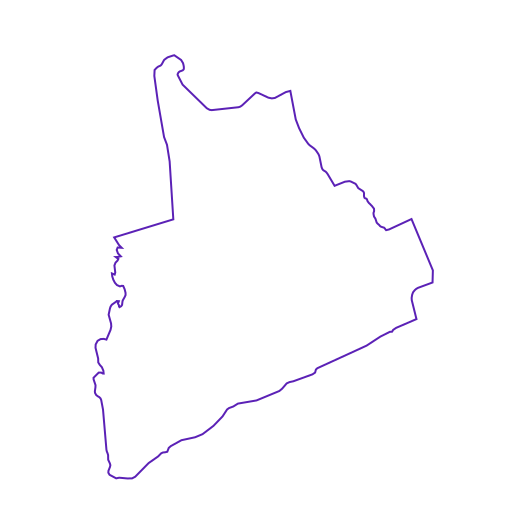 an SVG outline of Bas-Sassandra, rotated 354°
{"feature_id": "CIV-3448", "entity_name": "Bas-Sassandra", "entity_type": "Department", "adm_level": 1, "iso_a3": "CIV", "parent_name": "Ivory Coast", "parent_adm1": "", "projection": "orthographic", "projection_center": [-6.849, 5.451], "detail": "fine", "context": "isolated", "style": "outline", "palette": "violet", "viewbox_px": 512, "rotation_deg": 354, "n_neighbors": 0, "source": "natural_earth", "source_scale": "10m", "svg_char_len": 3136}
<svg xmlns="http://www.w3.org/2000/svg" viewBox="0 0 512 512"><g transform="rotate(354 256 256)"><path d="M123.3,233.8L120.9,230.8L116.9,222.7L120.4,222.0L177.6,210.9L180.0,152.9L179.1,136.1L177.0,128.1L174.5,91.2L173.7,66.3L174.6,60.4L176.7,58.6L178.2,57.6L179.5,57.1L180.3,56.9L181.2,56.5L181.9,55.9L182.5,55.2L184.9,51.7L185.4,51.2L188.3,49.5L189.2,49.1L194.3,48.0L195.7,47.8L202.0,53.2L203.6,56.6L203.9,58.8L204.0,60.3L203.9,61.6L203.7,62.6L203.2,63.2L202.5,63.7L200.7,64.2L199.7,64.4L198.7,64.9L197.9,65.6L197.0,67.1L197.1,68.1L200.9,77.9L222.5,103.9L225.2,105.8L227.3,106.3L254.2,106.2L256.0,105.8L258.0,104.7L271.9,94.2L273.4,93.4L275.5,94.2L284.8,99.8L288.2,100.9L291.3,100.8L302.8,96.1L307.4,95.4L309.8,124.3L312.2,133.3L315.9,143.3L319.6,149.8L320.7,151.2L321.8,152.3L322.2,152.6L322.3,152.7L324.7,154.9L326.2,156.6L327.1,158.1L328.6,160.9L329.2,162.5L329.5,164.0L330.5,174.5L331.0,176.3L331.7,177.5L333.1,178.7L333.9,179.2L334.8,180.3L335.8,182.0L341.5,194.4L352.2,191.4L356.6,191.3L358.0,191.8L362.5,194.6L363.2,195.7L364.8,199.2L368.9,202.5L369.5,203.2L369.9,204.1L370.0,205.0L369.7,207.1L369.7,208.2L370.0,209.5L370.7,210.1L371.7,210.5L372.2,211.1L372.7,213.2L373.9,215.2L375.0,216.4L375.7,217.4L376.4,218.2L378.3,221.3L378.2,223.2L378.0,224.2L377.5,225.0L377.3,225.9L377.3,226.9L377.5,229.0L377.9,229.9L378.3,230.6L378.7,231.5L379.5,235.3L380.0,236.1L380.6,236.8L381.8,238.1L382.5,239.2L383.2,239.8L384.4,240.4L386.3,241.2L387.1,242.2L387.6,243.2L388.1,243.9L391.1,243.5L414.5,235.5L430.4,288.8L428.8,300.8L413.8,304.6L412.0,305.4L410.4,306.5L408.5,308.4L407.9,309.5L407.2,311.0L406.4,314.0L406.3,316.3L408.9,334.9L409.0,335.5L387.9,342.1L384.7,343.8L383.4,345.5L381.2,345.4L371.4,349.1L356.6,356.7L305.3,374.0L303.7,375.2L302.6,378.1L299.8,379.6L280.0,384.5L276.2,384.9L273.2,385.9L268.1,390.7L265.1,392.7L241.4,399.7L222.6,400.9L217.7,403.3L213.3,404.4L211.2,405.6L206.0,412.0L195.9,420.5L184.2,427.6L176.5,429.9L162.6,431.4L151.5,436.1L149.2,437.7L147.3,441.4L145.2,441.7L142.9,441.7L141.1,442.3L137.7,445.1L127.6,450.7L112.8,462.9L109.5,464.2L104.9,463.8L96.8,462.2L93.7,462.5L87.5,458.3L86.5,456.1L86.8,454.2L88.7,450.6L89.3,448.8L89.0,447.0L87.7,443.2L88.1,438.5L87.7,436.5L87.2,434.8L87.0,433.1L87.8,392.8L87.0,383.1L86.5,381.4L85.4,380.0L83.9,378.9L82.5,377.5L81.6,375.3L81.6,375.1L81.6,373.7L82.6,369.8L82.9,367.7L81.6,361.8L81.7,360.1L87.4,355.5L89.9,355.8L91.4,356.9L92.2,357.0L92.2,354.1L91.1,350.5L89.3,348.0L88.0,345.4L88.3,341.4L86.8,330.5L87.3,327.2L89.6,323.8L92.7,322.4L95.9,322.5L98.5,323.5L103.6,314.3L104.7,311.0L104.8,307.9L103.3,299.0L105.3,292.8L106.1,291.1L107.5,289.4L112.3,286.7L112.8,286.2L114.9,286.6L114.6,287.3L113.7,288.3L113.9,289.3L114.5,290.5L114.5,291.9L114.9,292.6L116.7,291.8L117.7,290.6L118.4,287.5L118.8,286.3L121.1,283.1L122.2,281.2L122.4,279.0L121.9,275.4L120.8,271.9L119.4,271.6L117.5,272.0L114.7,270.4L112.9,267.9L111.6,264.6L110.9,261.3L110.9,258.3L113.5,259.7L114.3,257.7L114.2,250.6L115.6,247.9L117.8,246.1L118.8,244.5L118.4,244.2L116.5,242.4L117.8,242.5L121.5,242.2L119.0,239.0L118.1,235.4L119.3,233.1L123.3,233.8Z" fill="none" stroke="#5b21b6" stroke-width="2"/></g></svg>